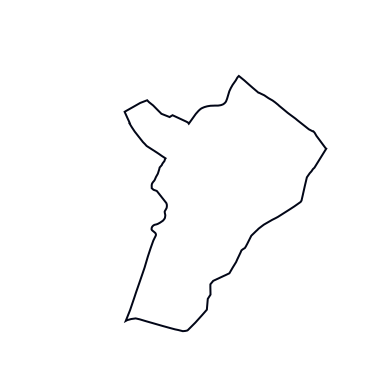 Zilupe, Zilupes, Latvia (orthographic projection), rotated 231°
{"feature_id": "27541924B3022786847050", "entity_name": "Zilupe", "entity_type": "district", "adm_level": 2, "iso_a3": "LVA", "parent_name": "Latvia", "parent_adm1": "Zilupes", "projection": "orthographic", "projection_center": [28.122, 56.393], "detail": "fine", "context": "isolated", "style": "outline", "palette": "ink", "viewbox_px": 384, "rotation_deg": 231, "n_neighbors": 0, "source": "geoboundaries", "source_scale": "gbopen_adm2", "svg_char_len": 2969}
<svg xmlns="http://www.w3.org/2000/svg" viewBox="0 0 384 384"><g transform="rotate(231 192 192)"><path d="M91.2,129.5L99.0,137.0L100.6,141.8L106.5,146.4L108.7,148.2L109.6,152.6L106.7,164.2L106.3,165.7L105.3,169.9L107.7,176.2L109.8,182.2L111.1,184.7L114.3,191.4L115.5,193.7L115.5,195.4L115.2,197.9L115.9,199.9L116.4,201.0L116.8,202.0L120.7,210.6L121.3,217.3L121.4,219.1L121.6,220.6L121.5,224.7L121.4,227.3L119.9,236.8L119.1,240.4L118.6,243.0L117.0,256.8L116.4,262.6L115.9,270.1L116.4,271.7L120.3,276.7L120.4,276.8L125.7,283.5L131.1,290.5L132.5,295.3L132.9,297.9L133.6,300.1L133.7,300.7L133.8,302.2L133.8,302.4L134.3,303.8L141.2,323.6L141.8,323.4L156.3,324.0L157.0,324.0L160.9,324.6L161.0,324.6L162.6,324.5L163.0,324.4L163.2,324.0L167.1,322.3L169.3,321.8L171.6,321.3L181.3,319.1L183.9,318.6L191.6,316.6L193.2,316.2L193.7,316.1L199.7,314.9L204.1,314.0L205.6,313.8L209.4,313.0L212.4,312.2L216.8,310.5L221.1,309.2L221.5,309.1L225.7,307.1L226.7,306.7L227.4,306.1L227.6,306.1L234.5,304.8L240.2,303.8L245.7,302.9L250.5,301.9L251.4,301.7L252.7,301.4L252.5,299.8L252.2,298.8L251.2,296.3L250.4,293.5L249.7,291.0L249.1,289.5L248.4,287.7L246.8,284.4L242.3,277.8L241.0,275.5L240.8,274.9L240.6,274.1L240.5,273.0L240.5,272.2L240.6,271.2L240.9,270.3L241.2,269.4L241.7,268.4L242.3,267.4L242.7,266.7L245.0,263.8L247.4,260.6L249.0,257.8L249.7,256.2L250.2,255.0L250.6,253.6L251.0,252.1L251.1,251.0L251.1,250.3L251.0,248.4L250.9,247.7L250.3,244.1L247.1,232.5L248.5,232.6L250.4,231.8L263.9,225.2L264.2,223.1L264.3,221.8L265.7,221.0L272.1,217.4L272.7,217.4L276.2,217.0L281.4,216.5L283.4,216.3L283.6,216.3L289.0,215.1L291.5,214.9L293.8,207.8L294.7,202.3L296.6,191.0L296.7,190.1L289.8,188.3L286.2,187.4L284.5,186.9L284.6,186.6L280.3,186.0L275.0,185.5L261.7,185.3L260.8,185.4L258.7,185.6L256.4,185.7L243.9,189.8L242.6,190.2L239.1,191.2L235.7,192.3L234.8,192.6L234.6,191.9L233.4,190.0L232.7,187.0L231.9,185.4L231.4,182.3L230.1,180.6L229.0,178.9L228.0,177.4L227.6,176.7L227.1,175.4L226.4,173.6L225.8,172.4L225.1,171.1L224.7,170.2L224.5,169.4L224.3,168.2L224.0,167.1L223.6,166.1L223.2,165.6L222.6,164.9L220.8,163.5L220.3,163.1L217.9,163.5L215.8,164.8L215.3,165.1L214.8,165.3L214.3,165.3L199.6,165.1L198.5,164.7L197.7,164.3L196.4,163.2L195.5,162.1L195.0,160.9L194.3,159.1L194.0,158.5L193.5,158.1L192.8,157.7L192.0,157.3L190.8,156.7L190.1,156.0L189.2,155.0L188.6,154.1L188.0,151.6L188.1,149.9L188.3,147.7L188.8,145.1L189.3,143.8L190.0,142.4L190.2,141.6L190.3,140.9L190.2,139.9L190.1,139.3L189.6,138.3L189.3,137.9L188.8,137.4L188.3,137.0L187.7,136.9L186.7,137.0L185.4,137.3L183.3,137.7L182.7,137.6L181.9,137.4L181.3,136.9L180.9,136.4L178.6,131.4L174.2,124.2L169.5,116.9L163.1,107.6L159.9,102.5L154.2,93.4L149.3,85.5L146.4,81.0L139.2,69.6L133.5,59.4L133.2,61.0L131.5,64.9L129.2,68.7L126.0,71.2L120.3,75.1L115.9,78.2L106.6,84.7L101.0,88.7L95.9,92.4L93.6,94.3L89.6,97.3L88.1,99.6L87.3,101.3L87.3,102.0L87.7,105.9L88.4,112.5L90.0,122.6L91.2,129.5Z" fill="none" stroke="#020617" stroke-width="2"/></g></svg>